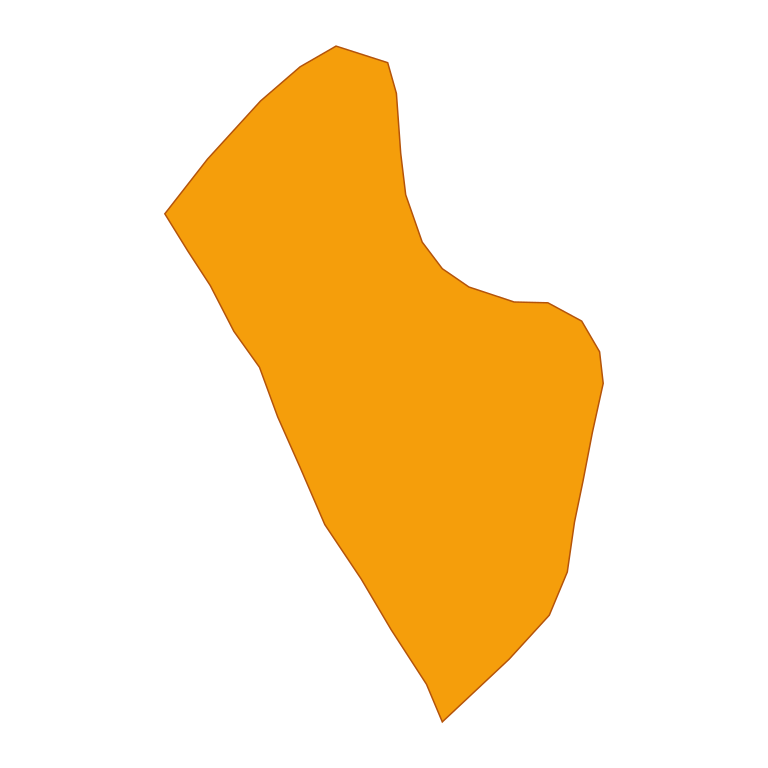 Libreville, Estuaire, Gabon (Natural Earth projection)
{"feature_id": "22940354B47630022104782", "entity_name": "Libreville", "entity_type": "district", "adm_level": 2, "iso_a3": "GAB", "parent_name": "Gabon", "parent_adm1": "Estuaire", "projection": "natural_earth1", "projection_center": [9.457, 0.451], "detail": "fine", "context": "isolated", "style": "filled", "palette": "amber", "viewbox_px": 768, "rotation_deg": 0, "n_neighbors": 0, "source": "geoboundaries", "source_scale": "gbopen_adm2", "svg_char_len": 548}
<svg xmlns="http://www.w3.org/2000/svg" viewBox="0 0 768 768"><path d="M442.3,721.9L509.1,659.2L549.3,615.2L567.3,572.0L574.5,522.1L583.1,480.6L592.4,432.4L603.2,383.4L599.6,351.8L581.7,321.1L547.9,302.8L514.1,302.0L468.9,287.0L442.3,268.7L422.2,242.1L405.7,194.8L400.7,153.2L396.4,93.4L387.7,62.7L336.0,46.1L300.1,66.8L260.6,100.9L207.5,159.1L164.8,213.8L187.8,251.0L210.3,285.6L233.9,331.4L259.5,367.3L277.7,416.9L300.2,467.6L324.8,524.6L361.2,579.0L391.2,629.8L426.5,684.3L442.3,721.9Z" fill="#f59e0b" stroke="#b45309" stroke-width="1.5"/></svg>